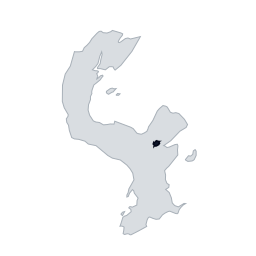 Atalaya, Veraguas, Panama (highlighted), rotated 242°
{"feature_id": "35544464B38923835463224", "entity_name": "Atalaya", "entity_type": "district", "adm_level": 2, "iso_a3": "PAN", "parent_name": "Panama", "parent_adm1": "Veraguas", "projection": "equal_earth", "projection_center": [-80.908, 8.019], "detail": "fine", "context": "in_parent", "style": "filled", "palette": "ink", "viewbox_px": 256, "rotation_deg": 242, "n_neighbors": 0, "source": "geoboundaries", "source_scale": "gbopen_adm2", "svg_char_len": 4263}
<svg xmlns="http://www.w3.org/2000/svg" viewBox="0 0 256 256"><g transform="rotate(242 128 128)"><path d="M220.6,116.6L220.0,117.2L218.1,120.8L217.1,123.9L219.5,127.1L220.3,130.6L221.6,134.3L223.8,138.1L226.2,145.1L226.8,147.9L226.1,149.7L223.8,150.8L221.7,154.1L221.1,158.1L221.5,160.0L215.2,166.4L213.6,167.5L212.5,166.5L211.1,163.3L209.5,160.7L208.6,159.8L208.1,159.8L207.6,160.3L207.4,161.8L208.2,167.7L207.5,170.2L205.4,172.0L202.9,181.8L202.0,180.5L193.8,167.4L186.7,151.2L185.2,143.8L187.1,143.4L188.8,143.6L189.8,142.4L190.9,140.3L190.0,135.3L193.4,131.5L194.7,129.0L195.6,129.3L197.9,133.6L201.1,136.1L205.1,139.7L207.6,140.5L204.5,136.7L199.1,131.8L197.5,128.5L196.1,123.9L194.0,125.9L193.0,127.6L191.9,128.5L191.0,127.4L190.8,125.9L187.6,125.6L186.8,124.3L185.9,123.5L186.3,126.4L187.0,128.1L186.6,130.3L185.6,130.4L184.7,128.2L183.6,126.2L182.0,118.0L178.4,114.1L176.8,112.8L175.4,112.3L173.4,109.6L170.7,108.2L167.1,104.1L162.6,101.2L157.2,100.1L150.6,100.7L148.4,102.4L146.9,104.5L146.2,105.4L142.3,107.8L140.8,111.3L139.9,114.2L138.0,117.5L140.2,119.5L127.5,130.7L125.0,132.3L119.3,133.4L118.0,134.6L116.2,136.9L116.0,140.2L116.2,143.1L117.9,145.3L119.4,146.7L122.9,153.4L129.2,161.8L130.4,164.9L131.4,169.4L129.5,171.6L128.0,172.5L122.0,172.8L120.0,174.6L119.1,177.4L116.9,179.7L109.2,181.9L103.1,182.2L101.2,179.6L100.8,172.3L96.7,159.8L95.7,151.2L94.7,152.2L92.5,153.2L91.8,155.4L91.3,161.7L90.5,163.9L88.8,163.7L85.4,161.4L80.8,159.3L75.0,145.9L74.4,143.4L73.2,140.3L68.8,139.1L64.9,136.8L60.8,136.4L58.6,137.7L56.4,136.1L56.1,132.4L51.7,134.1L46.1,133.5L41.0,131.9L37.6,132.8L34.7,135.4L35.1,142.1L34.2,143.4L34.1,140.7L33.1,137.5L31.9,134.9L29.4,132.2L29.2,131.2L30.3,129.8L34.9,125.9L35.4,124.3L35.5,120.9L35.1,117.6L33.0,112.9L34.2,109.9L36.6,107.5L39.0,105.6L39.4,104.8L39.0,103.2L37.6,101.5L34.3,98.5L32.3,98.3L32.2,89.7L32.3,80.6L32.8,79.7L34.0,79.1L35.0,77.7L35.6,75.0L37.0,74.1L39.6,76.2L42.3,78.0L43.4,77.4L44.3,76.5L44.8,75.6L45.0,74.8L47.2,77.2L51.5,81.5L51.8,83.6L51.4,85.7L52.6,91.5L54.9,92.3L57.1,91.2L57.7,92.3L57.3,93.4L56.1,94.6L55.8,99.6L59.6,101.9L61.4,104.0L67.6,103.0L69.9,103.6L71.5,103.0L69.8,98.9L67.4,96.0L67.6,94.6L69.4,95.6L70.7,97.6L73.8,100.2L79.4,108.9L85.9,111.0L91.0,110.7L95.8,109.6L103.4,106.2L108.8,100.0L113.2,97.3L127.4,91.5L132.5,85.4L134.6,84.6L136.6,83.8L141.1,79.2L143.5,75.6L146.0,73.8L153.5,75.1L158.4,76.8L161.7,76.6L165.0,77.8L166.4,80.4L167.8,81.5L175.8,81.2L182.3,82.5L196.6,90.3L205.1,97.9L209.7,106.1L220.6,116.6ZM77.4,177.1L75.6,177.3L71.8,175.3L69.0,171.6L68.8,170.3L68.8,169.1L70.4,165.2L72.4,163.9L73.2,163.9L75.1,168.4L73.8,170.1L74.3,172.8L77.1,174.9L77.4,177.1ZM169.1,134.1L168.4,136.0L166.8,131.7L167.1,130.6L166.9,126.7L168.4,125.7L169.6,125.6L170.5,126.2L171.1,130.7L170.6,132.8L169.1,134.1ZM56.2,83.7L55.8,85.8L53.2,82.0L54.8,81.4L55.3,81.4L56.2,83.7ZM163.4,135.0L161.9,137.0L161.3,135.1L162.4,133.1L162.7,133.1L163.4,135.0Z" fill="#d9dde1" stroke="#a8b0b8" stroke-width="1"/><path d="M101.5,149.2L101.9,148.5L101.9,148.3L102.0,148.3L102.1,148.2L102.3,148.2L102.5,148.0L102.4,148.0L102.5,147.3L102.7,147.2L102.8,146.9L102.8,146.7L103.0,146.5L103.1,146.4L103.2,146.5L103.2,146.4L103.3,146.4L103.3,146.2L103.2,146.2L103.2,145.9L103.1,145.7L102.9,145.5L102.9,145.4L102.8,145.2L102.7,145.3L102.6,145.2L102.6,145.3L102.6,145.2L102.6,144.9L102.5,144.7L102.4,144.5L102.5,144.4L102.4,144.3L102.4,144.2L102.5,144.0L102.5,143.9L102.6,143.7L102.8,143.8L102.9,143.7L103.0,143.7L102.9,143.6L102.7,143.5L102.6,143.4L102.5,143.2L102.3,143.0L102.2,143.0L102.1,142.8L101.9,142.7L101.7,142.8L101.3,143.0L101.1,143.0L100.9,143.1L100.6,143.2L100.4,143.3L100.1,143.1L100.0,142.9L99.9,142.7L99.8,142.4L99.6,142.3L99.7,142.5L99.7,142.8L99.7,143.0L99.7,143.3L99.6,143.5L99.4,143.6L99.3,143.8L99.4,144.0L99.3,144.3L99.3,144.5L99.2,144.6L99.0,144.8L98.9,144.9L98.8,145.0L98.9,145.3L99.0,145.3L99.0,145.2L99.1,145.3L99.0,145.5L98.9,145.5L98.9,145.8L98.9,146.0L99.0,146.1L99.0,146.3L99.1,146.5L98.9,146.7L98.9,146.8L98.9,147.0L99.0,147.0L99.2,147.3L99.3,147.5L99.3,147.8L99.3,148.0L99.4,148.3L99.5,148.4L99.7,148.7L100.6,148.7L100.8,148.8L100.8,148.7L100.9,148.8L101.0,148.9L101.2,148.7L101.3,148.7L101.3,148.8L101.5,148.9L101.5,149.0L101.5,149.2Z" fill="#0f172a" stroke="#020617" stroke-width="1.5"/></g></svg>